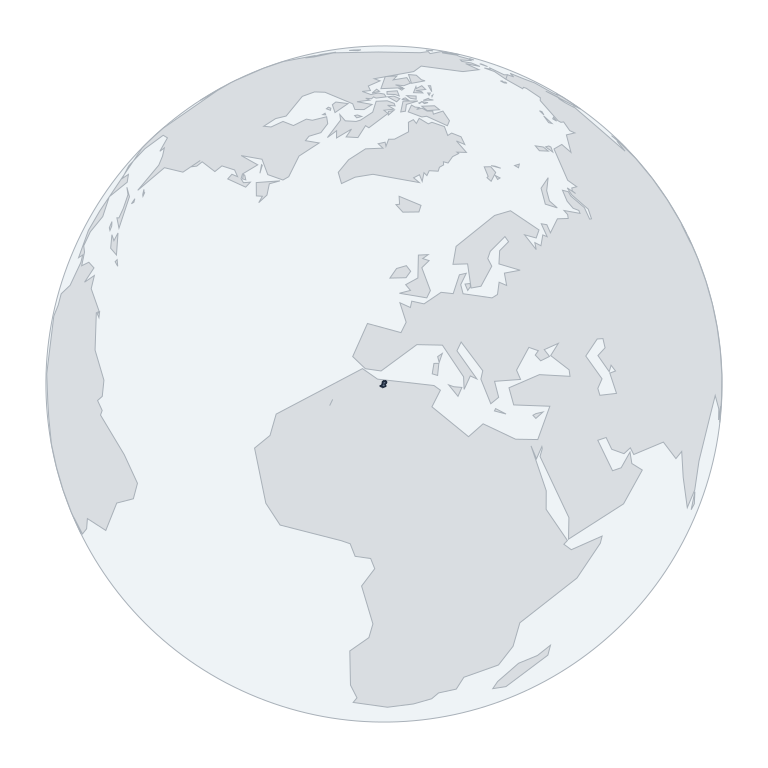 globe centered on Sidi Bel Abbès, rotated 22°
{"feature_id": "DZA-2146", "entity_name": "Sidi Bel Abbès", "entity_type": "Province", "adm_level": 1, "iso_a3": "DZA", "parent_name": "Algeria", "parent_adm1": "", "projection": "orthographic", "projection_center": [-0.548, 34.822], "detail": "fine", "context": "on_globe", "style": "filled", "palette": "slate", "viewbox_px": 768, "rotation_deg": 22, "n_neighbors": 0, "source": "natural_earth", "source_scale": "10m", "svg_char_len": 10985}
<svg xmlns="http://www.w3.org/2000/svg" viewBox="0 0 768 768"><g transform="rotate(22 384 384)"><circle cx="384" cy="384" r="338" fill="#eef3f6" stroke="#a8b0b8"/><path d="M78.2,240.1L83.7,229.1L122.1,170.5L107.4,189.9L129.1,162.1L131.1,159.9L132.3,158.5L153.8,136.6L170.0,122.6L197.5,105.0L189.0,111.1L196.6,107.0L207.8,99.5L213.3,95.8L254.6,78.2L293.4,63.3L300.5,59.2L303.0,60.4L312.9,54.1L330.6,50.3L313.7,54.5L314.4,55.1L328.0,51.9L331.7,52.0L340.4,50.9L343.5,51.5L333.5,54.9L335.3,55.7L344.8,53.6L354.0,53.6L339.7,56.4L354.3,57.0L340.1,64.8L299.4,75.3L294.5,83.2L260.6,104.6L266.8,104.4L257.8,113.6L261.5,117.0L254.2,120.9L263.5,120.5L269.5,116.4L275.6,115.1L278.4,117.0L269.5,121.9L266.8,121.7L265.6,124.2L260.0,125.9L264.4,126.2L253.2,132.4L268.2,129.3L262.7,137.0L254.2,140.4L250.0,135.9L220.0,135.6L210.2,139.2L200.5,147.9L192.9,172.2L184.1,178.5L175.9,190.1L183.0,188.0L192.0,178.4L203.2,178.3L212.8,167.5L218.8,166.3L230.7,157.7L234.3,163.7L231.3,174.6L221.6,182.4L220.0,187.8L233.6,184.8L219.8,204.5L218.0,227.5L213.9,232.7L197.8,233.4L186.7,221.3L166.0,225.7L184.8,228.1L174.1,242.3L174.6,247.3L178.3,250.0L184.5,246.9L182.0,253.3L162.3,252.4L164.4,246.5L170.6,246.6L165.3,241.5L152.0,242.5L147.6,250.4L132.2,246.1L128.8,252.1L123.6,255.0L129.9,245.6L118.2,262.9L99.4,265.7L83.1,296.7L93.2,265.5L93.3,255.7L91.9,247.4L89.0,252.2L91.0,236.9L86.1,236.1L74.2,255.4L65.6,277.4L64.3,291.5L68.5,285.4L70.3,293.1L59.1,313.3L60.5,334.1L54.7,352.8L53.8,368.3L56.9,373.9L59.4,387.6L64.7,381.7L71.6,385.0L68.2,401.8L74.8,391.9L76.8,405.3L92.7,423.4L90.6,425.8L103.4,460.8L122.9,485.4L127.4,501.0L124.6,506.6L132.6,514.1L132.8,519.0L169.6,546.8L192.6,568.4L194.6,584.3L180.8,594.5L180.9,624.0L159.4,619.9L162.5,629.6L160.6,636.0L146.5,623.9L159.3,636.3L159.0,636.1L141.9,619.8L126.0,602.3L111.4,583.7L98.1,564.2L85.9,541.0L79.2,527.0L67.5,501.0L52.4,444.7L52.4,432.9L50.9,421.3L56.0,410.1L57.4,384.8L56.3,377.3L53.5,381.3L52.4,352.3L55.6,330.2L71.3,255.9L74.2,249.0L78.2,240.1ZM77.8,305.7L79.9,338.8L74.1,330.0L76.0,329.3L76.5,318.7L75.7,304.3L71.9,297.9L77.8,305.7ZM89.2,297.9L88.5,293.5L89.9,296.6L89.2,297.9ZM215.2,94.3L207.6,99.5L196.2,106.6L202.0,102.1L215.2,94.3ZM237.5,82.8L235.0,84.7L226.7,87.8L230.7,85.7L237.5,82.8ZM304.7,56.8L297.8,58.8L303.2,56.9L304.7,56.8ZM341.0,50.6L341.8,50.2L346.0,49.9L341.0,50.6ZM227.9,155.0L229.2,156.3L226.3,157.2L227.9,155.0ZM231.8,150.3L227.5,150.4L228.7,148.2L231.4,148.2L231.8,150.3ZM354.7,50.8L361.1,50.9L352.8,51.3L354.7,50.8ZM236.9,150.7L231.5,144.4L233.7,140.6L245.6,137.5L236.9,150.7ZM363.7,51.3L379.6,52.3L382.6,51.0L382.8,55.8L369.3,52.9L358.6,53.4L364.4,52.3L363.7,51.3ZM270.2,114.3L264.0,118.7L266.7,113.4L270.2,114.3ZM270.5,111.3L270.0,98.5L280.6,93.6L278.6,98.6L290.4,91.4L295.8,95.2L290.6,100.0L282.6,102.3L290.8,102.1L270.5,111.3ZM380.4,58.7L382.7,59.8L378.4,59.4L380.4,58.7ZM278.3,114.2L277.2,111.7L286.4,107.2L290.2,111.2L286.0,111.4L278.3,114.2ZM290.8,87.9L298.3,85.6L304.7,87.9L308.5,87.5L296.9,94.9L290.8,87.9ZM285.3,113.4L291.8,113.5L290.0,117.6L279.9,116.3L285.3,113.4ZM287.2,104.4L291.7,102.6L290.4,104.9L287.2,104.4ZM287.3,133.0L285.9,129.7L290.5,126.9L287.3,133.0ZM294.4,113.3L295.0,112.0L296.7,110.7L300.5,111.7L294.4,113.3ZM302.2,96.3L303.3,97.9L307.3,93.3L312.3,95.3L303.6,100.1L309.5,98.9L311.0,99.6L302.2,102.8L302.2,96.3ZM309.4,108.9L300.0,116.4L301.7,123.0L297.6,125.5L295.7,114.6L309.4,108.9ZM305.9,105.0L307.1,107.9L301.4,109.2L297.1,108.1L305.9,105.0ZM318.8,95.1L313.4,90.8L315.5,90.0L318.8,95.1ZM311.0,110.4L313.2,108.7L311.7,110.7L311.0,110.4ZM317.7,99.4L315.5,97.8L317.9,96.9L317.7,99.4ZM319.4,106.6L316.4,108.9L313.4,108.0L319.4,106.6ZM319.5,103.0L323.4,102.2L314.1,106.3L318.1,102.5L319.5,103.0ZM320.3,98.8L321.0,97.7L320.9,99.6L320.3,98.8ZM332.7,108.9L321.7,114.3L315.0,112.3L326.6,107.1L332.7,108.9ZM463.3,55.5L458.0,55.0L424.3,51.9L439.0,52.9L439.1,53.9L446.4,55.3L456.6,56.4L455.6,55.7L489.2,67.1L520.3,77.8L509.9,72.0L511.6,71.7L532.9,80.6L555.7,92.9L577.5,107.0L598.2,122.7L608.0,131.1L600.0,124.6L613.9,137.1L617.6,140.0L611.0,133.6L628.0,150.3L643.9,168.1L658.5,186.9L671.7,206.8L683.5,227.5L693.8,249.0L702.5,271.2L709.7,294.0L704.4,278.4L707.7,292.0L703.8,281.7L695.4,270.6L698.1,290.1L704.9,337.4L711.8,365.8L711.5,385.0L696.4,358.5L685.3,335.0L682.6,343.8L664.8,333.2L642.0,355.8L636.3,350.9L632.6,358.7L619.6,359.2L610.0,350.4L603.3,356.1L628.4,378.8L635.3,372.8L637.6,355.0L643.6,364.9L655.7,367.0L651.0,405.4L613.2,458.7L605.5,438.6L555.8,392.7L555.0,384.9L554.7,384.2L553.8,382.9L553.4,396.2L543.5,386.3L574.4,422.2L581.3,439.5L612.7,460.4L610.8,465.2L619.7,467.5L643.2,443.3L644.2,450.6L635.6,491.6L599.4,554.5L601.9,578.8L595.4,601.6L567.9,626.0L565.3,639.8L550.3,650.0L546.1,658.0L531.2,669.6L508.3,682.4L474.7,690.8L476.5,685.1L465.7,675.7L452.3,644.3L465.0,624.8L463.6,610.6L438.9,579.7L444.6,558.7L437.0,550.8L421.8,554.6L412.5,544.8L403.0,545.3L340.5,553.7L319.1,538.8L288.0,491.9L297.6,474.4L295.3,452.3L358.3,377.8L376.2,381.9L430.9,366.7L438.6,368.6L437.0,387.2L482.1,401.2L490.8,383.8L526.7,385.9L547.4,377.9L546.1,342.5L512.1,354.8L501.3,340.7L524.6,317.1L553.6,307.2L550.3,301.5L527.9,295.2L530.4,281.0L519.7,292.1L527.1,296.4L520.6,303.8L513.4,300.5L514.6,295.3L504.6,295.8L501.7,321.5L508.9,328.6L485.5,340.1L495.3,353.4L490.4,362.3L472.0,343.2L470.6,334.7L439.8,316.2L439.2,325.9L468.2,344.5L461.0,344.2L460.3,359.0L455.1,347.5L423.6,326.1L399.7,335.2L376.4,373.0L361.0,376.8L344.7,370.3L346.0,334.1L380.5,330.0L381.4,318.4L368.3,302.7L379.8,303.2L378.7,296.8L391.1,294.7L402.6,277.6L414.3,274.3L413.0,254.5L418.8,250.5L417.9,263.1L423.5,270.7L451.9,263.7L455.7,258.5L452.6,246.5L460.8,246.7L454.1,236.1L467.6,227.5L445.6,229.6L441.3,217.1L446.2,205.4L440.9,202.0L432.8,221.2L433.2,228.8L439.8,234.4L437.3,257.0L428.8,262.4L416.5,241.3L403.1,247.2L399.3,229.4L423.4,186.3L436.4,176.0L470.0,183.1L470.4,191.6L458.4,193.0L474.8,202.4L470.9,196.4L477.7,197.0L475.4,186.3L480.1,186.3L469.8,176.5L475.3,175.3L481.7,181.5L482.9,165.9L492.8,161.5L490.8,158.1L485.9,155.7L501.8,152.4L499.6,150.1L493.5,150.2L485.3,145.9L476.9,137.5L482.9,136.7L486.7,139.7L503.7,145.4L512.9,154.1L514.5,153.1L507.9,145.4L487.2,138.3L480.4,133.5L490.3,135.6L486.2,134.4L484.7,131.9L488.8,128.9L478.0,126.3L453.6,102.4L459.1,95.3L470.6,99.2L459.8,84.7L466.9,79.7L461.3,79.5L452.4,73.7L450.0,75.1L446.7,74.7L422.7,62.7L421.7,60.0L405.1,56.5L402.2,56.7L402.0,58.3L382.8,55.8L382.6,51.0L389.2,50.7L384.6,48.7L400.1,48.7L410.9,48.4L430.5,50.9L437.3,51.2L434.7,50.5L442.0,51.1L449.8,52.6L463.3,55.5ZM342.2,417.5L341.7,424.4L342.2,417.5ZM588.4,313.6L603.1,305.6L589.3,289.3L593.8,285.2L587.5,281.5L588.2,288.2L571.7,277.5L575.4,267.6L570.0,259.9L564.8,262.4L560.6,282.5L584.2,297.5L583.9,308.0L588.4,313.6ZM93.3,423.7L94.8,429.2L91.9,426.3L93.3,423.7ZM70.9,335.3L72.4,339.6L72.4,344.3L70.8,342.1L70.9,335.3ZM90.0,368.7L93.0,374.6L88.9,371.3L90.0,368.7ZM80.8,343.6L87.6,364.6L79.7,360.5L75.8,347.5L79.9,352.3L80.8,343.6ZM83.6,305.5L84.0,309.2L82.3,311.5L83.6,305.5ZM90.2,300.3L89.7,299.5L90.4,295.8L90.2,300.3ZM175.2,242.3L176.7,242.6L179.4,246.5L176.0,246.8L175.2,242.3ZM204.7,252.7L199.9,262.8L200.9,255.5L195.2,257.4L190.1,245.1L211.5,234.6L202.7,241.3L204.7,252.7ZM189.2,226.8L190.0,235.1L188.3,226.5L189.2,226.8ZM360.4,265.9L366.5,269.5L364.6,277.2L349.8,283.6L352.4,272.2L360.4,265.9ZM375.7,273.0L367.6,251.6L376.5,247.5L372.9,253.2L379.6,252.7L375.5,262.0L392.0,280.0L391.4,288.1L364.3,294.1L373.5,287.3L366.9,283.8L375.7,273.0ZM331.1,211.5L327.7,204.3L351.4,204.5L351.9,211.4L337.1,217.6L327.9,213.2L331.1,211.5ZM259.0,147.4L256.2,146.1L258.6,144.5L263.1,144.3L259.0,147.4ZM286.3,131.7L274.0,152.1L270.1,151.4L267.5,165.3L256.3,169.1L258.4,159.8L247.8,173.7L245.2,166.9L239.2,176.7L244.9,155.6L242.1,150.7L249.5,154.5L259.8,151.0L263.5,148.0L271.7,136.2L270.8,124.8L280.9,120.2L288.3,120.0L290.1,122.0L282.9,124.2L290.4,125.4L281.4,130.2L286.3,131.7ZM369.2,131.7L360.1,131.5L373.7,138.4L364.8,141.7L366.9,142.3L362.4,147.5L360.6,155.1L355.8,155.7L357.2,158.5L354.2,162.3L354.5,166.4L346.0,169.3L345.7,174.7L341.9,173.1L343.5,181.8L338.5,176.7L334.2,181.7L341.3,184.0L295.2,193.7L279.7,203.1L269.5,214.1L262.3,204.9L267.2,189.3L278.8,172.9L294.7,165.7L288.6,163.4L294.4,159.4L296.8,162.9L296.6,155.3L302.0,153.1L312.3,141.0L308.6,132.2L312.2,127.9L316.4,130.3L317.1,124.5L327.6,126.2L330.4,123.4L343.6,122.7L350.0,129.7L352.7,126.0L362.8,125.9L369.2,131.7ZM336.4,108.9L346.1,115.4L346.0,120.8L323.2,119.8L319.1,122.2L304.5,122.6L305.0,115.1L309.1,115.6L313.2,114.4L311.4,117.2L316.0,114.0L321.8,114.8L326.9,112.7L328.7,115.3L336.4,108.9ZM444.3,360.6L449.7,360.4L457.5,358.0L457.2,367.7L444.3,360.6ZM422.6,346.2L427.1,344.3L430.5,356.0L424.9,356.5L422.6,346.2ZM426.6,333.8L427.1,343.3L423.5,338.5L426.6,333.8ZM421.7,261.0L426.1,258.6L427.7,261.2L426.6,265.9L421.7,261.0ZM407.4,155.9L402.2,154.1L402.8,152.5L395.6,145.1L401.6,142.6L408.3,146.0L407.4,155.9ZM541.9,350.4L537.7,359.0L533.8,357.2L536.0,354.5L541.9,350.4ZM496.7,365.0L508.4,366.1L496.5,367.6L496.7,365.0ZM412.7,151.8L409.1,149.0L414.4,149.5L412.7,151.8ZM405.6,140.4L411.4,140.2L401.5,141.4L405.6,140.4ZM637.5,574.0L610.4,618.9L599.0,625.7L600.8,617.3L613.4,592.5L628.0,578.2L636.2,563.8L637.5,574.0ZM712.6,367.4L716.6,378.8L715.9,385.5L712.6,367.4ZM458.9,131.2L462.4,143.8L468.8,152.3L478.7,155.8L466.2,156.8L456.3,143.6L458.9,131.2ZM453.6,105.7L445.0,103.6L447.6,101.6L450.0,101.8L453.6,105.7ZM449.2,106.5L440.7,109.5L435.1,106.5L442.9,104.6L449.2,106.5ZM427.1,129.4L427.7,133.1L423.3,132.5L427.1,129.4ZM520.1,74.7L507.7,70.4L501.9,68.5L509.6,70.3L513.9,72.1L514.4,72.2L514.8,72.4L520.1,74.7ZM385.4,59.0L383.0,59.7L382.9,58.6L385.4,59.0ZM445.6,75.6L441.1,74.9L441.2,73.2L445.6,75.6ZM428.4,72.3L431.5,74.6L425.8,72.4L428.4,72.3ZM438.8,80.0L431.6,75.6L442.1,79.5L438.8,80.0Z" fill="#d9dde1" stroke="#a8b0b8" stroke-width="1"/><path d="M385.8,382.2L385.7,382.2L385.6,382.3L385.4,382.4L385.4,382.5L385.5,382.7L385.5,382.8L385.4,382.9L385.2,382.9L385.2,383.0L385.2,383.3L385.3,383.4L385.3,383.5L385.2,383.6L384.9,383.6L384.9,383.8L385.1,383.8L385.2,384.0L385.3,384.1L385.5,384.2L385.6,384.3L385.7,384.5L385.8,384.5L386.1,384.8L386.4,385.2L386.4,385.3L386.4,385.5L384.3,387.5L384.2,387.3L384.2,387.2L383.9,387.0L383.7,387.0L383.4,387.2L383.1,387.4L382.9,387.5L382.6,387.6L382.2,387.5L381.9,387.4L381.7,387.3L381.4,387.4L381.2,387.2L381.3,387.0L381.5,386.8L382.3,386.2L382.4,385.9L382.3,385.7L382.6,385.5L382.6,385.4L382.7,385.2L382.8,385.0L382.9,384.9L383.0,384.7L382.9,384.5L382.6,384.5L382.4,384.5L382.3,384.4L382.3,384.2L382.4,383.9L382.2,383.9L382.2,383.7L382.0,383.4L382.0,383.2L382.0,382.9L382.2,382.7L381.9,382.5L381.8,382.4L381.9,382.2L382.0,382.1L382.3,382.1L382.4,381.9L382.4,381.7L382.4,381.4L382.5,381.4L382.8,381.3L382.9,381.1L383.0,381.1L383.4,381.0L383.5,381.2L383.8,381.0L383.8,380.9L383.8,380.7L384.0,380.5L384.3,380.4L384.5,380.5L384.4,380.6L384.3,380.8L384.6,380.9L384.8,380.9L385.6,381.1L385.7,381.3L385.7,381.5L385.6,381.8L385.7,382.0L385.8,382.0L385.8,382.2Z" fill="#64748b" stroke="#1e293b" stroke-width="1.5"/></g></svg>